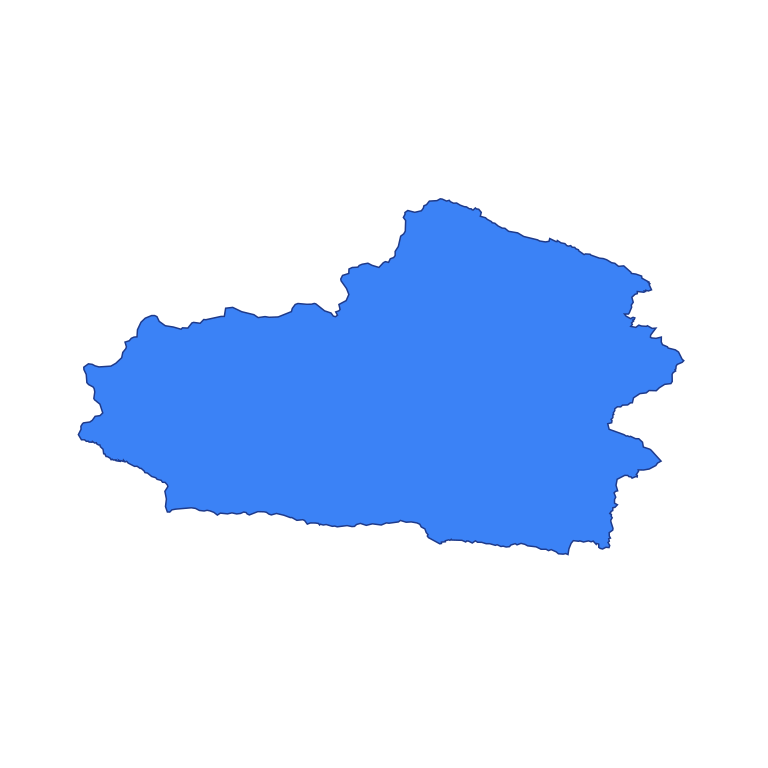 Gakenke, Northern, Rwanda (Equal Earth projection), rotated 111°
{"feature_id": "39286606B43223731633869", "entity_name": "Gakenke", "entity_type": "district", "adm_level": 2, "iso_a3": "RWA", "parent_name": "Rwanda", "parent_adm1": "Northern", "projection": "equal_earth", "projection_center": [29.798, -1.711], "detail": "fine", "context": "isolated", "style": "filled", "palette": "blue", "viewbox_px": 768, "rotation_deg": 111, "n_neighbors": 0, "source": "geoboundaries", "source_scale": "gbopen_adm2", "svg_char_len": 6170}
<svg xmlns="http://www.w3.org/2000/svg" viewBox="0 0 768 768"><g transform="rotate(111 384 384)"><path d="M429.8,634.2L431.9,636.3L434.9,637.3L437.7,640.8L441.6,637.8L443.5,637.7L448.1,639.2L453.5,638.3L460.8,641.8L465.2,645.4L470.2,656.2L470.6,660.3L470.2,663.4L471.1,667.2L475.9,670.3L478.1,669.3L481.8,665.4L489.2,661.9L490.4,659.6L491.0,654.6L492.1,653.0L495.0,651.2L501.5,649.7L502.5,648.5L504.6,642.0L511.8,636.2L515.3,637.8L517.7,642.1L522.4,643.3L524.9,645.0L527.9,650.5L528.9,651.2L532.1,651.8L534.9,650.6L540.8,651.2L544.5,646.5L543.4,643.5L544.2,641.4L543.4,639.5L543.9,638.6L543.0,635.7L542.1,635.7L542.8,633.0L541.9,631.5L542.8,630.8L543.2,628.7L542.7,627.4L544.2,626.3L545.6,622.9L549.6,620.7L549.3,619.6L551.3,617.5L550.9,616.2L551.4,613.1L552.5,611.6L551.6,610.8L552.0,609.6L550.9,607.1L551.6,607.1L551.5,605.8L550.9,603.2L550.2,604.0L550.5,602.2L549.8,602.1L549.7,599.8L548.4,600.0L549.6,597.9L548.4,596.5L549.5,594.5L550.3,587.4L549.3,585.0L550.2,581.4L549.8,580.5L551.2,576.7L552.4,575.5L551.9,572.9L553.6,567.8L553.3,563.5L554.3,561.7L553.8,557.5L555.1,555.6L554.3,553.1L555.8,550.1L557.3,549.0L562.7,550.1L569.4,545.9L576.7,544.1L581.1,540.4L580.3,538.1L577.5,536.9L575.5,533.7L568.6,519.5L567.7,515.4L568.2,511.0L567.0,506.4L565.3,503.9L564.8,501.0L564.8,496.8L566.1,492.6L563.2,490.5L561.3,483.5L558.8,479.8L558.1,475.0L556.3,471.6L553.8,469.1L553.4,466.5L554.3,465.3L554.5,462.8L548.4,456.1L546.3,450.2L545.9,447.8L546.7,444.9L546.6,442.3L543.4,438.0L542.4,430.5L542.3,423.6L541.7,422.1L542.5,416.5L539.8,411.2L539.9,409.2L542.3,405.4L540.1,402.9L538.3,398.0L537.7,395.2L538.7,393.6L537.7,393.2L537.4,390.2L535.9,387.6L535.4,381.3L534.3,379.1L534.1,376.5L529.4,367.7L528.6,362.8L527.5,360.5L525.0,359.3L522.6,356.1L522.3,349.9L518.7,344.7L516.6,336.0L512.8,332.0L512.2,329.5L507.6,321.1L505.5,319.8L505.1,313.8L503.0,309.2L501.9,303.5L502.1,300.3L504.1,298.0L504.6,293.9L507.5,291.4L508.9,288.9L510.4,289.1L511.5,287.4L513.2,274.6L512.3,273.2L511.1,273.8L509.3,270.2L508.4,270.6L506.3,267.8L506.3,266.4L504.9,265.6L505.4,264.9L502.0,255.2L502.2,251.1L501.0,250.6L500.4,248.9L500.8,244.6L497.7,242.5L498.2,239.9L496.8,236.1L496.5,231.4L495.2,228.1L494.7,222.2L493.5,220.8L493.8,216.6L492.7,214.7L492.4,211.6L490.9,208.6L488.8,207.8L486.0,204.3L486.5,202.2L483.7,199.0L483.2,195.0L483.6,191.9L481.5,183.6L482.0,178.2L480.2,173.4L480.6,170.7L478.7,168.6L479.0,163.0L480.0,160.3L478.6,155.7L477.2,153.6L477.3,151.1L471.6,152.3L465.6,152.2L462.4,151.1L461.0,145.7L460.3,145.2L460.0,141.1L457.2,136.9L457.1,134.1L455.7,132.4L457.7,128.4L456.7,128.3L456.5,126.2L459.5,125.0L460.0,123.2L459.7,120.8L456.9,118.3L456.1,115.3L453.9,115.4L451.6,118.1L450.1,117.3L447.9,118.8L446.7,117.4L445.2,119.2L442.1,120.5L438.4,118.1L436.7,118.5L431.3,122.8L429.8,123.5L427.1,123.0L426.1,124.5L424.4,124.9L423.9,127.5L423.5,126.2L421.6,126.4L420.2,125.1L417.5,126.0L416.4,124.2L413.1,122.8L412.6,126.1L409.2,127.4L406.6,127.1L403.2,130.2L401.2,129.3L400.0,127.6L395.4,131.1L389.4,132.2L383.0,126.5L382.0,123.7L382.7,122.2L382.2,120.0L383.0,118.7L380.2,115.8L380.0,114.3L378.6,114.7L378.1,116.0L374.2,115.1L373.1,115.9L371.3,110.9L368.3,105.9L362.7,101.0L359.8,100.3L356.7,97.7L350.0,111.0L349.6,112.5L349.9,119.3L345.7,121.8L343.8,126.5L344.9,129.6L344.5,135.1L345.3,136.2L345.1,137.9L345.8,139.3L345.3,141.6L345.6,157.6L340.9,160.9L338.6,157.6L336.5,158.0L335.6,159.3L333.4,158.3L330.8,159.3L330.1,158.6L328.8,159.6L326.2,159.0L324.4,159.7L321.6,157.9L320.5,154.8L318.3,153.8L316.2,149.0L313.3,147.2L312.5,145.4L307.5,146.1L301.3,141.7L298.3,136.0L295.1,134.2L292.7,127.4L288.8,125.6L283.7,121.8L280.8,116.3L278.4,115.8L271.7,118.5L269.6,118.1L267.3,116.4L266.5,117.5L265.4,116.9L262.7,117.7L260.7,117.3L256.9,113.4L254.8,112.5L254.0,114.6L248.6,120.5L247.7,124.3L248.6,131.6L247.7,132.7L247.5,138.1L245.4,140.2L240.8,141.9L243.9,146.4L245.1,150.8L244.9,152.0L242.7,152.6L234.4,150.2L236.0,153.6L235.2,159.0L236.1,159.6L237.6,164.4L237.7,167.2L240.9,169.2L241.8,174.3L239.4,173.5L238.3,174.8L235.9,173.6L235.2,174.7L234.2,173.5L232.4,173.5L232.5,175.4L234.6,177.3L233.9,182.3L232.5,184.6L231.1,180.9L229.7,180.5L223.6,180.3L221.7,181.4L218.4,180.6L214.2,183.7L210.3,181.8L208.9,179.9L206.9,180.7L205.2,174.3L204.6,173.7L203.9,174.3L203.7,172.9L202.7,173.2L202.4,170.5L200.2,168.0L196.3,172.0L195.1,171.7L194.6,173.6L193.9,173.2L192.8,181.1L190.9,182.2L191.1,188.2L192.1,192.7L191.2,193.5L187.8,202.5L190.1,207.2L188.6,211.7L189.2,215.0L188.2,220.6L188.3,224.2L189.3,228.0L189.5,237.0L189.0,238.1L190.4,242.6L191.5,243.6L189.9,249.8L189.0,250.6L189.0,253.4L188.1,254.9L188.9,257.3L187.9,259.3L189.2,261.2L189.3,262.9L188.1,265.4L188.8,269.3L187.9,273.6L189.1,273.5L189.4,274.5L188.8,281.4L191.7,281.1L193.5,284.2L194.7,289.9L194.4,292.4L196.2,306.4L195.0,313.4L196.8,322.4L195.3,326.9L196.1,329.5L195.6,334.1L194.2,338.1L194.7,340.9L193.9,341.8L193.3,346.6L192.4,348.8L192.9,354.2L188.9,354.7L186.9,358.2L187.4,360.5L186.9,361.8L189.6,363.1L189.8,364.1L189.2,365.2L189.8,367.3L189.1,370.4L189.7,372.8L189.7,377.2L189.0,381.0L190.3,383.9L190.0,387.4L189.1,388.9L190.8,391.2L190.5,395.9L191.0,397.9L193.8,400.2L197.0,407.2L201.4,408.6L203.3,410.6L205.9,410.3L208.9,411.2L212.7,416.8L213.5,424.0L216.4,425.9L218.0,425.2L221.6,425.6L223.6,422.4L233.7,418.9L236.8,419.4L240.0,421.4L250.5,419.9L256.2,421.1L260.1,419.6L262.5,420.3L264.8,423.0L268.8,423.3L269.3,426.6L271.0,428.1L277.0,430.5L277.5,437.8L277.0,442.3L280.0,447.3L282.2,449.6L284.3,450.3L286.6,455.4L289.2,457.9L293.4,456.5L297.5,461.6L301.5,462.0L303.1,461.0L308.3,453.2L313.0,448.9L319.7,449.2L325.9,454.6L330.2,451.7L331.9,452.4L334.0,454.9L336.4,452.1L338.5,453.3L338.8,455.6L336.7,458.9L337.0,465.7L333.6,476.4L333.8,478.0L335.5,480.3L337.3,484.8L339.7,493.2L341.6,495.4L346.3,496.7L349.6,496.4L359.3,506.8L362.9,515.2L363.7,519.2L367.1,525.3L365.9,530.3L367.5,542.7L366.7,552.7L370.0,559.0L378.1,557.3L379.4,560.5L387.8,573.3L388.4,575.4L393.2,577.4L394.7,583.8L395.8,585.2L402.1,587.2L403.8,592.3L405.6,593.1L406.3,601.1L408.0,609.1L406.1,616.3L402.5,620.1L402.3,622.7L403.4,625.5L408.1,630.5L413.4,633.0L421.7,633.6L428.5,631.5L429.8,634.2Z" fill="#3b82f6" stroke="#1e3a8a" stroke-width="1.5"/></g></svg>